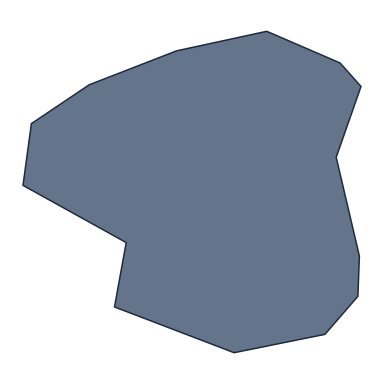 outline of Arxust, Töv, Mongolia
{"feature_id": "93677404B33334690318277", "entity_name": "Arxust", "entity_type": "district", "adm_level": 2, "iso_a3": "MNG", "parent_name": "Mongolia", "parent_adm1": "Töv", "projection": "mercator", "projection_center": [107.97, 47.468], "detail": "fine", "context": "isolated", "style": "filled", "palette": "slate", "viewbox_px": 384, "rotation_deg": 0, "n_neighbors": 0, "source": "geoboundaries", "source_scale": "gbopen_adm2", "svg_char_len": 304}
<svg xmlns="http://www.w3.org/2000/svg" viewBox="0 0 384 384"><path d="M325.0,334.3L357.9,296.3L359.4,256.1L336.2,157.3L361.0,86.5L340.1,63.0L266.7,31.3L176.7,50.8L89.3,84.7L31.4,123.6L23.0,185.4L126.2,242.6L114.5,307.0L234.1,352.7L325.0,334.3Z" fill="#64748b" stroke="#1e293b" stroke-width="1.5"/></svg>